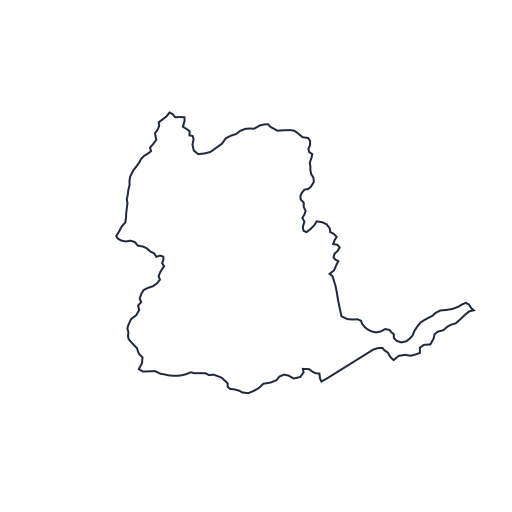 outline of Corupá, Santa Catarina, Brazil, rotated 59°
{"feature_id": "56859067B90375091770903", "entity_name": "Corupá", "entity_type": "district", "adm_level": 2, "iso_a3": "BRA", "parent_name": "Brazil", "parent_adm1": "Santa Catarina", "projection": "equal_earth", "projection_center": [-49.314, -26.428], "detail": "fine", "context": "isolated", "style": "outline", "palette": "slate", "viewbox_px": 512, "rotation_deg": 59, "n_neighbors": 0, "source": "geoboundaries", "source_scale": "gbopen_adm2", "svg_char_len": 3452}
<svg xmlns="http://www.w3.org/2000/svg" viewBox="0 0 512 512"><g transform="rotate(59 256 256)"><path d="M292.6,414.7L296.9,412.4L299.4,407.7L302.8,401.7L307.8,398.5L310.0,395.8L313.2,392.5L316.0,388.7L318.4,384.6L320.0,381.2L321.4,376.4L322.1,371.8L324.8,369.1L327.6,364.3L330.6,359.6L333.9,357.6L335.9,353.4L339.0,350.9L342.8,348.1L347.6,346.7L350.7,345.9L353.3,347.6L356.6,346.7L359.1,343.3L362.8,339.8L365.9,338.0L369.6,333.3L370.5,327.4L370.6,321.3L369.3,315.5L372.0,308.6L373.0,302.7L371.4,297.8L372.2,292.9L375.2,289.8L380.5,286.7L382.5,280.3L380.2,275.1L376.9,274.0L380.3,268.8L384.2,267.2L387.2,265.3L389.4,262.2L394.0,264.2L397.3,264.6L397.5,258.1L396.6,203.8L397.9,198.5L399.9,195.0L403.0,194.5L406.8,192.7L409.9,192.9L412.9,192.6L416.1,191.6L415.1,185.1L417.5,179.1L421.2,174.8L422.6,170.0L423.5,165.4L419.0,162.8L418.6,157.9L421.6,152.1L418.2,146.2L415.0,143.3L414.5,139.0L416.1,133.6L415.1,128.2L415.4,123.9L416.6,119.5L415.3,112.7L413.9,106.4L413.3,101.8L414.7,97.3L411.6,98.4L407.3,98.4L404.2,100.3L403.7,104.1L403.6,109.5L402.5,115.0L400.3,120.6L397.6,126.1L397.3,131.5L398.1,135.7L397.8,140.1L397.6,144.9L397.7,149.1L399.2,153.3L401.8,158.8L404.8,162.8L406.0,166.9L406.5,171.1L404.8,176.1L401.1,179.2L397.3,180.1L394.0,178.2L391.2,179.2L388.1,179.7L385.2,182.8L384.9,188.1L383.3,192.6L379.7,196.1L375.7,198.5L372.7,199.4L368.5,200.0L365.7,199.3L362.7,201.4L360.0,206.2L357.1,210.2L351.7,213.8L336.6,208.6L329.6,205.8L322.8,203.3L312.7,200.8L309.2,202.1L308.5,196.5L305.4,192.2L302.8,188.1L299.9,189.9L297.0,190.2L294.5,187.4L293.7,183.4L291.8,179.9L288.2,180.5L285.6,183.7L282.9,180.5L281.2,177.0L277.1,177.9L273.6,180.1L270.6,178.6L265.3,179.1L261.0,182.0L257.5,186.2L259.5,189.8L261.0,195.4L261.6,200.4L258.8,202.3L255.2,200.9L251.6,196.9L247.2,196.6L245.5,193.3L243.0,190.3L238.4,189.8L234.8,187.6L230.6,188.6L227.6,187.2L225.6,184.5L224.1,180.3L225.5,176.7L224.8,173.0L222.3,168.3L218.4,166.4L214.2,166.5L210.0,165.0L207.3,163.3L203.8,161.9L200.6,158.1L197.8,155.3L194.1,156.9L191.0,155.8L189.0,152.7L185.5,150.5L181.8,150.4L178.2,154.9L171.7,157.1L168.3,158.7L165.7,161.9L162.3,167.9L159.6,173.1L155.8,175.3L152.9,177.0L149.2,177.9L147.5,181.1L146.1,185.3L145.9,192.1L143.3,196.0L141.5,199.8L140.6,205.0L141.2,210.2L140.0,215.3L139.5,221.1L142.2,227.4L142.8,234.6L143.3,241.6L141.6,247.3L138.9,253.1L133.5,255.0L127.8,253.1L123.8,249.4L120.5,248.5L118.3,250.9L114.8,248.6L111.6,250.0L107.5,252.1L103.6,247.8L100.3,245.8L98.1,249.0L95.4,253.8L91.5,254.4L88.5,256.2L90.2,260.7L90.9,266.5L91.2,270.4L94.6,272.0L97.1,275.3L98.7,279.3L101.5,280.4L105.0,281.6L107.0,286.2L108.5,291.0L112.1,292.0L112.5,295.9L112.5,300.3L113.6,304.4L115.5,307.5L117.4,311.9L119.4,317.0L123.0,322.8L126.2,325.6L130.0,327.8L133.6,331.4L137.5,334.4L140.8,337.5L144.4,338.9L149.5,342.9L153.4,345.9L156.0,347.5L159.9,350.8L161.7,356.1L164.9,361.5L166.8,365.5L169.9,365.5L173.4,363.5L176.5,360.1L178.2,355.7L181.8,352.6L186.2,352.0L189.6,348.1L193.1,345.7L197.9,344.2L201.3,341.9L205.3,341.9L206.3,337.9L208.9,335.8L211.6,337.3L213.8,340.2L217.3,340.0L218.9,343.2L220.6,346.5L223.2,349.9L226.8,350.5L228.5,355.3L228.8,360.1L227.7,364.7L227.3,369.9L229.3,373.7L232.7,377.7L236.3,378.1L237.9,382.7L242.1,383.9L245.0,389.0L245.7,395.4L247.7,398.5L249.7,401.3L251.9,403.6L255.6,404.6L258.8,407.0L261.6,408.0L265.8,407.3L269.9,406.4L273.8,405.5L277.6,406.5L280.5,406.5L284.4,405.5L289.1,408.8L292.6,414.7Z" fill="none" stroke="#1e293b" stroke-width="2"/></g></svg>